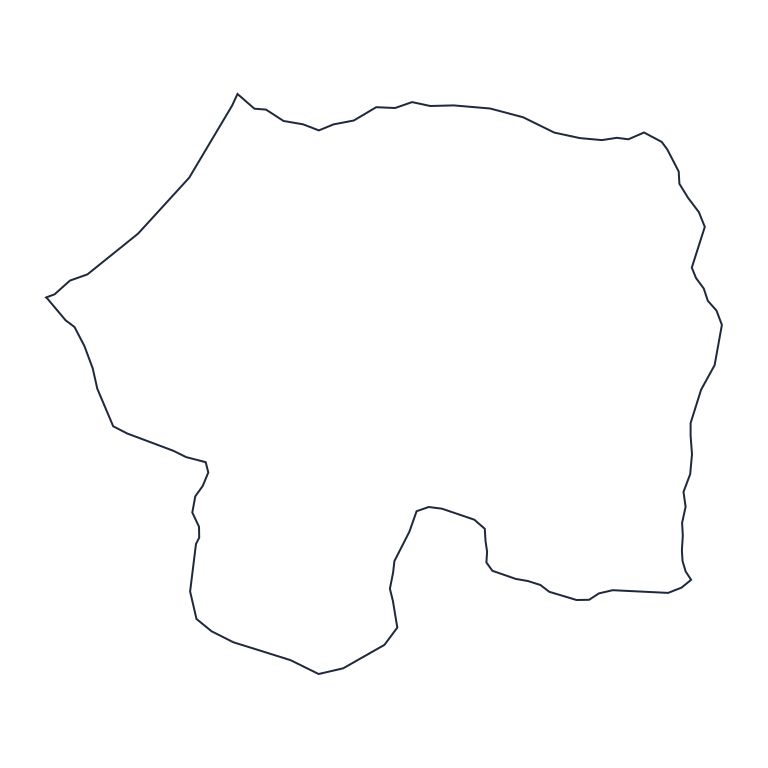 Rabat - Salé - Zemmour - Zaer, Mercator projection
{"feature_id": "MAR-1451", "entity_name": "Rabat - Salé - Zemmour - Zaer", "entity_type": "Region", "adm_level": 1, "iso_a3": "MAR", "parent_name": "Morocco", "parent_adm1": "", "projection": "mercator", "projection_center": [-6.34, 33.685], "detail": "fine", "context": "isolated", "style": "outline", "palette": "slate", "viewbox_px": 768, "rotation_deg": 0, "n_neighbors": 0, "source": "natural_earth", "source_scale": "10m", "svg_char_len": 1410}
<svg xmlns="http://www.w3.org/2000/svg" viewBox="0 0 768 768"><path d="M46.1,297.5L46.3,297.4L54.6,294.3L69.9,280.6L87.4,274.4L138.1,233.6L189.2,177.7L232.1,105.6L237.5,94.0L254.4,108.7L266.0,109.6L283.6,121.0L303.0,124.3L318.8,130.4L333.5,124.4L353.8,120.5L376.2,107.2L395.1,108.0L412.1,102.1L430.3,106.0L453.7,105.4L490.1,108.5L523.2,117.3L554.3,132.6L579.9,138.1L601.9,140.1L616.9,137.8L628.4,139.3L644.0,132.5L661.7,141.9L667.2,149.3L678.7,171.5L679.4,183.8L688.1,197.9L698.9,212.2L704.8,226.9L691.8,267.6L696.0,278.0L703.8,288.6L707.8,300.8L716.5,310.6L721.9,324.9L714.6,365.2L701.1,389.7L690.6,423.1L690.6,435.6L692.0,454.3L690.2,474.1L683.5,491.9L685.6,506.8L682.1,522.9L682.8,535.8L681.9,550.3L682.5,560.8L685.6,571.4L691.1,579.8L681.6,587.6L668.1,592.9L612.7,590.2L598.9,593.4L589.1,599.8L576.5,600.0L549.3,591.8L540.4,585.0L527.8,581.0L515.7,578.9L492.4,570.8L486.4,562.5L487.1,551.7L485.5,540.9L484.8,528.8L474.3,519.7L442.0,508.7L428.7,507.0L416.6,511.2L409.4,531.7L394.4,561.1L393.1,572.6L389.9,588.7L392.9,600.9L397.3,627.6L384.5,644.8L343.2,668.3L318.6,674.0L290.6,660.2L233.2,642.2L211.6,631.3L196.5,619.0L190.1,591.5L196.0,543.9L199.2,537.7L199.0,526.7L192.3,512.5L195.3,496.3L202.7,486.0L208.3,472.5L205.7,462.2L186.1,457.1L173.6,450.9L127.2,433.5L113.2,426.3L97.3,388.7L92.7,368.3L84.4,346.0L74.5,327.0L65.6,320.3L47.3,298.5L46.1,297.5Z" fill="none" stroke="#1e293b" stroke-width="2"/></svg>